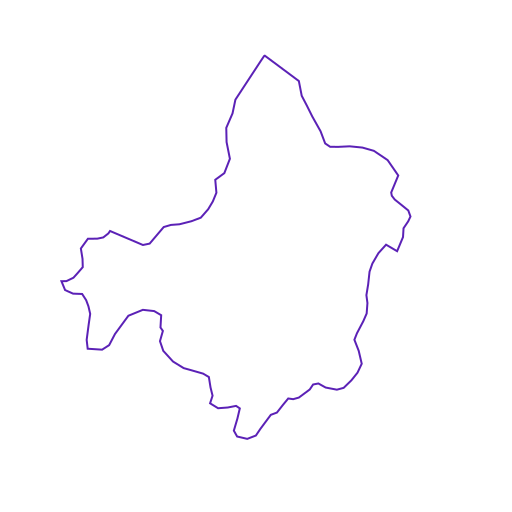 Jeongseon-gun, Gangwon, South Korea (orthographic projection), rotated 214°
{"feature_id": "91817680B94972366910411", "entity_name": "Jeongseon-gun", "entity_type": "district", "adm_level": 2, "iso_a3": "KOR", "parent_name": "South Korea", "parent_adm1": "Gangwon", "projection": "orthographic", "projection_center": [128.745, 37.366], "detail": "fine", "context": "isolated", "style": "outline", "palette": "violet", "viewbox_px": 512, "rotation_deg": 214, "n_neighbors": 0, "source": "geoboundaries", "source_scale": "gbopen_adm2", "svg_char_len": 1600}
<svg xmlns="http://www.w3.org/2000/svg" viewBox="0 0 512 512"><g transform="rotate(214 256 256)"><path d="M211.7,108.2L202.3,108.6L194.7,114.6L188.7,120.6L184.2,120.6L180.5,110.8L176.7,98.8L170.7,95.8L161.0,99.5L155.7,107.1L155.7,115.3L154.9,132.6L151.1,137.9L150.4,147.6L149.6,155.9L145.1,158.1L141.3,162.6L136.8,175.4L136.8,181.4L133.0,185.2L124.7,185.9L114.2,190.4L109.6,195.7L107.4,206.2L106.6,216.0L108.1,225.8L117.8,234.8L127.6,241.6L129.1,248.4L130.6,262.0L132.1,270.2L137.3,279.3L142.6,285.3L147.1,295.1L153.1,306.5L155.3,314.8L156.1,326.8L154.5,338.1L141.7,338.9L144.7,353.9L149.2,361.5L149.2,369.8L150.0,375.1L155.2,378.9L172.6,380.4L177.1,381.9L179.4,384.2L183.1,402.3L200.5,409.1L217.1,409.1L228.4,405.4L239.7,399.3L248.8,392.5L255.6,388.0L261.6,388.0L272.2,395.5L287.3,403.1L297.9,409.1L307.7,414.4L318.3,425.0L360.7,427.0L361.1,426.3L361.1,420.5L360.5,374.1L355.2,361.1L352.3,345.6L344.1,334.0L332.0,322.0L328.6,307.0L332.4,296.4L324.2,286.3L322.3,277.1L321.8,268.0L323.2,256.9L329.0,248.7L337.2,239.5L343.9,234.2L348.7,228.4L351.1,206.8L355.9,201.9L391.0,195.1L391.0,192.2L393.0,186.0L397.3,181.6L405.0,176.3L405.4,164.3L398.2,156.6L393.4,149.9L394.3,142.2L395.2,135.9L399.1,129.2L403.2,126.3L395.2,121.0L386.6,122.5L378.9,127.3L372.1,124.4L366.8,120.6L361.1,115.3L356.2,105.2L349.5,91.8L343.7,85.0L331.2,92.3L327.9,100.0L329.3,112.5L328.4,135.1L319.7,148.1L309.6,153.4L301.5,153.9L295.2,143.3L291.3,141.8L288.0,131.7L279.8,125.5L265.8,122.1L253.3,122.6L246.1,125.0L234.1,128.9L227.4,129.3L220.2,121.6L213.9,115.9L211.7,108.2Z" fill="none" stroke="#5b21b6" stroke-width="2"/></g></svg>